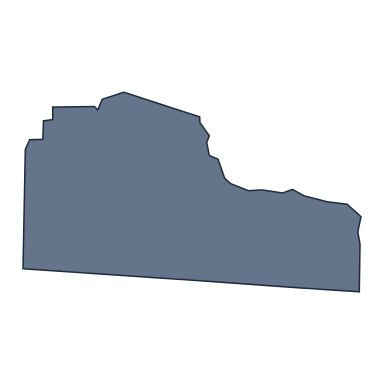 Echols, Georgia, United States of America
{"feature_id": "52423323B30388068130066", "entity_name": "Echols", "entity_type": "district", "adm_level": 2, "iso_a3": "USA", "parent_name": "United States of America", "parent_adm1": "Georgia", "projection": "robinson", "projection_center": [-82.847, 30.731], "detail": "fine", "context": "isolated", "style": "filled", "palette": "slate", "viewbox_px": 384, "rotation_deg": 0, "n_neighbors": 0, "source": "geoboundaries", "source_scale": "gbopen_adm2", "svg_char_len": 563}
<svg xmlns="http://www.w3.org/2000/svg" viewBox="0 0 384 384"><path d="M123.7,92.2L102.2,99.3L97.8,109.9L94.4,106.5L52.7,107.1L52.7,119.6L43.5,120.8L42.8,139.4L29.7,139.7L25.3,149.5L23.0,268.7L26.2,269.0L179.9,279.4L180.8,279.4L289.4,287.2L289.5,287.2L295.1,287.6L359.3,291.8L360.0,244.1L357.8,231.9L361.0,216.7L347.1,204.2L326.8,201.7L304.0,195.8L292.5,189.4L282.6,193.0L262.0,189.9L248.4,190.7L230.7,183.7L224.6,178.2L218.1,159.3L209.3,155.5L206.7,142.5L209.3,135.8L199.9,122.5L199.7,116.9L123.7,92.2Z" fill="#64748b" stroke="#1e293b" stroke-width="1.5"/></svg>